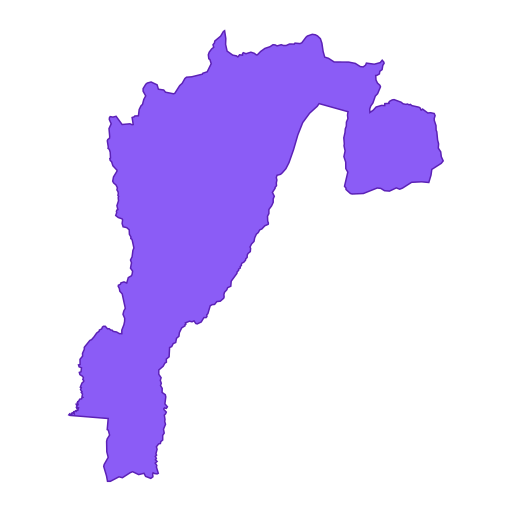 the district of La Viña, Salta, Argentina
{"feature_id": "61730980B12479001808037", "entity_name": "La Viña", "entity_type": "district", "adm_level": 2, "iso_a3": "ARG", "parent_name": "Argentina", "parent_adm1": "Salta", "projection": "natural_earth1", "projection_center": [-65.611, -25.526], "detail": "fine", "context": "isolated", "style": "filled", "palette": "violet", "viewbox_px": 512, "rotation_deg": 0, "n_neighbors": 0, "source": "geoboundaries", "source_scale": "gbopen_adm2", "svg_char_len": 5968}
<svg xmlns="http://www.w3.org/2000/svg" viewBox="0 0 512 512"><path d="M382.2,60.2L380.2,62.6L374.3,64.2L366.4,63.1L365.5,65.2L363.2,66.9L360.3,66.6L355.3,63.4L348.7,62.1L334.2,62.0L328.5,58.3L324.7,57.1L323.1,51.4L321.9,43.2L320.4,38.7L317.5,35.9L315.4,34.8L312.3,34.3L307.4,36.0L306.0,37.2L301.8,42.8L300.0,43.6L295.0,43.1L294.2,44.1L289.5,44.0L286.2,45.5L283.5,45.5L281.2,44.7L277.1,45.9L275.1,44.9L273.0,44.7L270.0,46.7L264.9,48.4L260.6,51.5L257.4,54.8L256.3,54.9L254.3,53.3L250.9,52.2L246.0,53.7L243.3,52.7L242.6,53.5L242.5,55.1L239.5,54.8L238.2,56.7L237.5,56.8L236.6,55.9L232.7,55.1L227.1,51.1L225.6,44.4L225.8,38.5L224.6,30.7L223.4,31.5L220.6,36.2L214.8,41.0L214.4,43.1L213.0,44.7L213.7,47.3L211.6,49.0L209.2,52.2L208.3,54.8L208.8,58.8L209.9,59.5L211.2,63.7L207.2,71.8L202.9,73.2L202.3,74.2L191.7,76.8L186.5,77.2L184.9,78.5L182.2,83.3L179.7,85.6L174.8,93.3L173.6,93.8L165.5,92.2L163.7,90.0L158.4,89.2L157.1,84.8L151.1,82.0L147.3,83.0L145.8,84.2L143.1,88.6L143.1,91.2L145.7,95.9L143.8,99.4L142.5,104.4L141.0,105.8L139.2,109.5L138.4,115.8L134.8,116.0L134.2,116.8L132.1,117.5L133.2,124.5L132.0,124.7L130.0,123.8L122.1,124.5L116.1,116.3L112.9,117.1L110.2,116.6L109.4,117.8L109.3,119.5L111.2,123.8L109.0,128.6L109.7,136.6L109.5,138.3L107.8,139.5L107.3,140.8L108.3,147.2L108.0,148.3L109.3,149.4L110.2,152.2L110.5,158.0L109.8,158.5L110.2,160.4L111.6,161.8L112.9,165.8L117.0,170.2L116.9,171.3L113.5,176.9L112.7,181.2L113.6,182.9L116.1,185.1L117.4,187.8L116.9,189.9L118.0,191.7L118.3,193.4L117.9,195.3L118.6,196.4L118.2,197.7L118.5,200.8L116.9,205.7L117.9,209.6L116.8,210.1L116.4,211.5L116.7,212.7L115.7,215.5L118.2,217.5L122.1,218.9L122.6,219.9L122.1,223.5L123.1,226.8L126.7,227.6L129.2,229.8L129.4,234.3L130.9,236.9L130.8,238.6L131.8,239.2L132.3,240.6L133.9,248.0L132.9,250.4L132.1,256.8L130.5,260.0L131.5,262.8L130.5,268.2L132.6,271.1L132.1,274.4L131.4,275.8L128.3,277.6L126.7,283.0L124.0,281.9L120.9,282.9L120.4,284.3L118.4,285.2L118.2,286.3L119.3,288.4L119.8,291.2L122.2,293.9L125.3,308.3L123.8,311.0L123.0,314.3L124.7,318.3L124.6,321.4L123.9,324.7L121.8,330.1L121.8,333.7L119.3,333.6L116.6,332.0L113.2,331.4L112.2,330.2L110.7,330.0L109.1,328.7L107.5,328.8L105.3,326.3L103.4,326.3L102.4,327.1L101.7,328.9L99.4,330.0L99.1,331.3L96.7,333.0L93.9,337.0L91.6,339.6L89.8,340.5L84.3,347.3L84.3,349.3L82.5,353.4L82.6,356.1L80.0,359.3L80.1,364.5L78.5,364.9L79.1,366.8L81.5,367.8L81.0,371.8L79.3,372.4L79.9,374.6L82.4,376.2L83.4,377.6L82.8,379.6L83.7,380.4L83.7,381.5L82.0,383.0L80.3,387.2L81.3,387.7L80.5,389.6L82.0,391.8L81.3,392.4L82.5,394.0L82.0,396.5L82.9,397.3L81.7,397.9L81.6,398.8L79.7,399.2L78.6,401.2L77.7,401.6L77.8,403.0L77.0,403.1L77.0,404.1L77.9,404.0L78.1,404.7L77.2,405.4L76.5,405.0L77.0,406.1L76.3,407.3L77.0,408.6L77.8,407.7L78.5,407.8L77.8,410.4L76.5,410.6L76.2,411.3L75.5,410.8L74.7,411.7L73.8,411.7L74.2,413.7L72.7,412.7L71.6,413.2L71.8,414.1L70.3,414.3L69.7,413.8L68.8,414.9L69.8,415.4L108.2,418.5L107.2,429.6L108.3,430.2L109.6,435.1L107.2,438.9L106.6,441.3L106.8,451.8L108.2,457.4L104.2,464.4L103.7,466.4L106.5,475.9L107.5,481.3L110.4,481.3L119.0,476.8L122.4,477.7L130.2,472.7L132.6,471.7L138.7,474.6L144.0,473.3L145.6,476.4L150.8,478.4L152.9,476.8L152.7,474.0L153.1,472.8L154.7,473.6L157.1,473.9L158.3,473.3L156.4,467.0L156.8,465.4L155.2,463.1L157.1,461.4L155.4,459.8L156.4,458.4L155.3,456.4L156.6,455.1L155.9,453.8L157.1,449.3L156.4,446.8L158.6,443.9L160.4,443.5L160.8,441.6L162.7,440.0L162.7,435.4L164.2,433.1L163.5,429.2L165.5,424.3L164.7,421.4L165.0,419.5L164.3,415.1L165.6,413.8L166.3,412.1L163.9,409.5L163.8,408.7L164.4,407.9L166.3,408.4L167.4,406.8L164.9,403.8L165.8,396.9L165.3,394.7L162.1,392.4L162.2,388.3L160.5,385.6L161.3,383.3L160.3,380.4L161.1,377.7L158.8,374.3L158.8,370.0L163.2,366.2L164.8,363.2L166.4,362.2L166.3,359.1L169.1,356.8L169.6,347.5L171.7,346.6L173.2,343.6L175.7,342.5L176.5,338.3L178.9,336.3L179.4,332.6L181.7,327.9L185.0,325.8L185.0,324.7L185.9,324.1L185.4,322.9L189.5,321.2L192.0,321.8L194.0,320.9L195.8,323.5L197.2,323.9L201.2,322.0L203.9,317.6L206.0,317.6L206.9,316.6L206.8,314.8L207.9,313.6L210.2,305.8L212.0,304.7L214.6,304.4L216.8,301.6L220.3,301.2L223.7,298.2L224.1,297.0L223.9,294.5L224.5,292.3L226.8,289.8L227.6,287.7L230.8,286.2L231.2,281.2L236.9,273.4L237.1,271.9L238.6,270.4L238.6,269.2L240.3,268.0L240.2,266.5L241.4,265.5L241.3,264.4L242.0,263.1L243.8,262.2L245.5,260.2L245.8,258.7L247.1,257.5L247.3,254.8L248.2,253.3L250.3,251.6L250.6,248.4L250.0,247.0L251.6,243.9L254.0,241.4L254.7,237.8L256.4,234.1L258.2,232.6L259.8,229.8L261.8,229.0L264.8,225.8L268.2,224.3L268.4,223.1L267.7,221.1L267.5,216.2L268.9,213.6L268.9,209.5L271.6,205.8L273.2,202.3L273.2,198.9L274.3,196.3L272.4,192.4L275.1,188.3L275.0,187.5L276.5,185.7L276.3,183.0L276.9,180.0L276.3,177.6L277.0,175.3L280.6,174.3L282.3,172.8L285.9,168.7L289.0,162.6L293.5,149.8L297.8,135.0L302.7,122.6L309.6,113.2L317.2,106.3L319.1,103.6L348.0,111.7L347.5,115.1L347.9,118.6L346.4,122.1L346.3,126.2L345.3,128.8L345.0,132.5L343.8,137.8L344.3,143.9L344.0,145.8L345.1,150.9L343.9,156.6L345.7,162.1L345.8,168.6L347.8,172.1L344.5,186.3L346.0,188.1L346.0,189.5L350.4,193.5L352.1,194.0L363.4,193.5L377.2,188.0L380.8,188.4L384.5,190.7L389.5,191.1L396.3,187.9L399.7,189.2L402.5,188.1L411.6,182.3L421.6,181.8L428.8,182.5L431.0,175.1L431.8,169.4L441.3,163.3L443.2,160.9L441.3,156.7L440.7,151.8L438.3,148.1L438.6,143.9L437.6,140.1L436.8,131.8L436.1,130.1L436.0,125.6L434.3,120.5L434.2,118.5L435.1,115.7L434.2,113.5L430.6,112.7L427.8,113.0L422.6,109.1L421.6,110.0L420.8,109.8L420.4,108.2L418.9,107.2L411.8,105.6L410.4,104.4L409.1,104.8L407.3,104.0L406.0,104.4L403.1,103.8L401.1,102.2L394.1,99.6L392.2,99.9L389.6,101.3L388.8,102.4L389.0,103.4L384.8,103.6L384.7,105.6L381.6,105.4L376.1,107.0L373.1,110.3L369.9,112.5L369.7,109.0L370.8,105.9L372.9,103.0L375.3,96.1L377.6,93.7L380.5,86.8L379.9,85.3L377.5,83.1L376.0,80.0L375.7,75.5L376.8,75.4L379.4,73.9L379.8,71.3L382.1,69.6L382.8,65.4L384.1,63.3L383.8,62.1L382.2,60.2Z" fill="#8b5cf6" stroke="#5b21b6" stroke-width="1.5"/></svg>